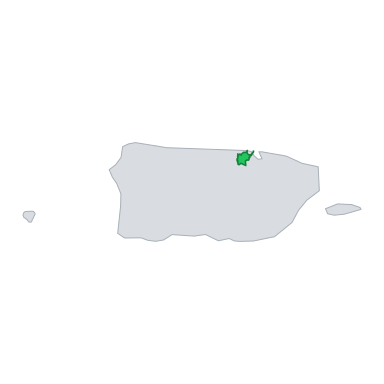 location of Toa Baja, Puerto Rico
{"feature_id": "32010507B67187557196313", "entity_name": "Toa Baja", "entity_type": "district", "adm_level": 2, "iso_a3": "PRI", "parent_name": "Puerto Rico", "parent_adm1": "", "projection": "equal_earth", "projection_center": [-66.203, 18.432], "detail": "medium", "context": "in_parent", "style": "filled", "palette": "green", "viewbox_px": 384, "rotation_deg": 0, "n_neighbors": 0, "source": "geoboundaries", "source_scale": "gbopen_adm2", "svg_char_len": 2650}
<svg xmlns="http://www.w3.org/2000/svg" viewBox="0 0 384 384"><path d="M254.2,155.9L258.2,159.3L262.0,158.8L258.9,151.8L261.8,151.8L286.3,156.1L302.0,163.3L318.2,166.8L319.3,190.7L306.8,200.2L298.6,210.2L292.0,222.5L274.5,236.7L253.5,241.0L239.4,241.4L234.2,240.9L229.1,238.5L218.5,240.8L205.4,234.5L194.2,236.1L172.0,234.6L163.6,240.0L155.6,241.3L147.8,240.3L141.1,237.8L124.6,238.0L117.7,233.3L120.6,206.1L120.9,193.8L116.8,183.6L112.4,177.2L109.2,169.7L115.7,164.7L121.0,157.5L122.7,146.6L128.6,143.9L135.4,142.6L166.9,147.7L246.7,150.6L251.2,151.5L254.2,155.9ZM344.3,214.2L334.2,215.2L327.7,213.8L325.5,208.7L337.6,203.9L351.8,204.6L360.0,207.5L361.0,209.4L344.3,214.2ZM31.3,222.0L30.1,222.2L28.9,222.0L28.3,221.5L27.5,220.0L23.9,217.4L23.0,215.0L23.9,212.5L25.4,211.5L32.8,211.2L33.5,211.5L35.0,213.2L35.0,214.4L34.3,215.6L33.0,218.6L32.4,219.4L32.0,220.2L31.8,221.5L31.3,222.0Z" fill="#d9dde1" stroke="#a8b0b8" stroke-width="1"/><path d="M245.6,165.4L245.6,165.2L245.8,165.0L245.6,164.6L245.8,164.1L245.6,163.6L245.5,162.9L245.6,162.7L245.5,162.2L245.6,161.7L245.4,161.2L245.6,160.9L245.9,160.6L246.0,160.4L246.3,160.4L246.8,160.2L247.1,159.9L247.7,159.9L248.1,160.3L248.7,160.0L248.7,159.8L248.9,159.5L249.1,159.2L249.1,158.8L249.0,158.5L249.1,158.3L249.0,158.1L249.3,157.9L249.0,157.8L249.1,157.5L249.3,157.6L249.6,157.3L249.7,157.2L249.8,156.4L249.9,155.9L250.0,155.4L250.4,155.0L250.2,155.6L250.4,155.8L250.5,155.7L251.1,155.7L251.4,155.3L251.5,155.0L251.7,154.9L252.0,154.3L252.0,154.2L252.3,153.6L252.5,153.1L252.9,152.9L252.8,152.6L252.3,152.9L252.0,153.4L251.3,154.3L250.1,154.9L248.7,154.8L247.3,153.4L247.1,152.1L247.2,151.2L247.4,150.9L247.2,150.6L247.0,150.8L246.7,151.9L246.0,152.3L245.3,152.2L245.3,152.4L244.7,152.7L244.0,152.4L243.6,152.3L243.3,152.4L242.9,152.9L242.1,153.5L241.2,154.4L241.1,154.6L241.3,154.9L241.2,155.1L240.9,154.9L240.7,154.6L240.3,154.2L239.9,154.0L239.5,154.2L239.4,154.4L239.1,154.8L238.7,154.8L238.6,154.7L238.3,154.3L238.2,154.3L237.8,154.1L237.7,154.8L237.7,155.0L237.7,155.3L237.9,155.6L237.6,156.3L238.1,156.6L238.2,156.8L237.9,157.1L237.8,157.4L237.8,157.8L237.8,158.2L237.5,158.4L237.4,158.3L237.2,158.6L237.0,159.0L237.2,159.4L237.5,159.2L237.6,159.4L237.4,159.7L237.0,160.1L237.1,160.3L237.1,160.7L237.3,161.1L237.5,160.7L237.9,160.8L238.0,161.2L238.1,161.5L237.5,161.8L237.5,162.0L237.9,162.8L237.9,164.0L238.2,164.4L238.3,164.5L238.5,164.6L238.7,164.4L239.2,164.3L239.5,164.5L239.8,164.1L240.0,164.1L240.4,163.7L240.8,163.3L241.1,163.4L244.6,165.0L245.6,165.4ZM253.4,151.1L253.2,151.2L253.2,152.2L253.4,152.2L253.6,151.2L253.4,151.1Z" fill="#22c55e" stroke="#15803d" stroke-width="1.5"/></svg>